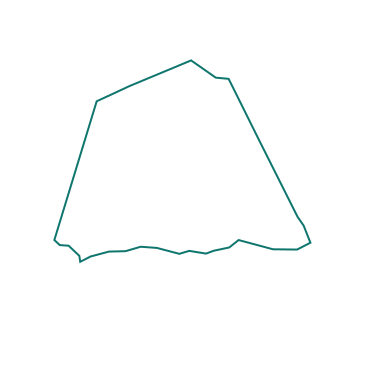 outline of Morgan, Georgia, United States of America, rotated 120°
{"feature_id": "52423323B3349908065818", "entity_name": "Morgan", "entity_type": "district", "adm_level": 2, "iso_a3": "USA", "parent_name": "United States of America", "parent_adm1": "Georgia", "projection": "albers", "projection_center": [-83.452, 33.626], "detail": "fine", "context": "isolated", "style": "outline", "palette": "teal", "viewbox_px": 384, "rotation_deg": 120, "n_neighbors": 0, "source": "geoboundaries", "source_scale": "gbopen_adm2", "svg_char_len": 504}
<svg xmlns="http://www.w3.org/2000/svg" viewBox="0 0 384 384"><g transform="rotate(120 192 192)"><path d="M79.3,211.4L75.7,216.9L81.1,228.6L78.5,258.6L131.5,299.1L161.1,319.9L302.4,287.2L304.1,280.0L300.2,272.0L303.6,257.7L308.3,253.9L298.6,247.6L285.1,234.1L276.5,220.0L265.1,209.1L258.0,194.5L251.9,172.1L244.4,165.0L238.3,149.0L232.0,143.8L221.4,132.0L210.3,127.6L201.1,93.2L189.3,72.2L176.7,64.1L165.3,78.5L160.7,88.2L113.9,159.3L79.3,211.4Z" fill="none" stroke="#0f766e" stroke-width="2"/></g></svg>